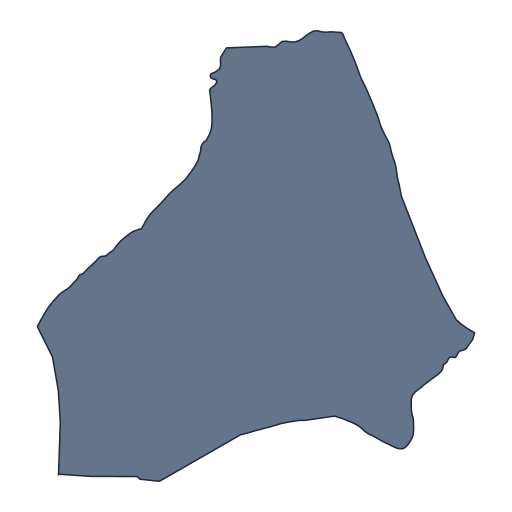 Maswarah, Al Bayda', Yemen (Albers equal-area conic projection)
{"feature_id": "15242507B74981338012196", "entity_name": "Maswarah", "entity_type": "district", "adm_level": 2, "iso_a3": "YEM", "parent_name": "Yemen", "parent_adm1": "Al Bayda'", "projection": "albers", "projection_center": [45.681, 14.409], "detail": "fine", "context": "isolated", "style": "filled", "palette": "slate", "viewbox_px": 512, "rotation_deg": 0, "n_neighbors": 0, "source": "geoboundaries", "source_scale": "gbopen_adm2", "svg_char_len": 4591}
<svg xmlns="http://www.w3.org/2000/svg" viewBox="0 0 512 512"><path d="M58.5,474.5L58.8,474.2L86.4,476.1L91.2,476.4L121.2,476.5L137.5,476.5L139.8,479.2L159.4,481.3L240.5,434.8L242.7,434.3L245.4,433.6L247.5,433.0L250.3,432.2L252.0,431.7L253.1,431.4L255.7,430.6L257.7,430.1L259.9,429.6L262.6,428.8L265.1,428.1L267.1,427.7L270.1,426.9L272.1,426.3L274.1,425.6L276.6,425.0L279.2,424.1L281.5,423.5L284.5,422.9L286.7,422.4L289.2,422.0L291.5,421.6L293.7,421.3L293.7,421.2L295.9,420.9L298.2,420.5L300.4,420.4L303.0,420.4L304.7,420.4L333.3,416.3L335.4,416.3L337.4,417.1L339.7,417.7L342.6,418.7L345.1,419.6L347.1,420.6L349.0,421.3L351.2,422.1L353.5,423.2L356.0,424.5L358.4,425.9L360.6,427.5L362.5,429.1L364.1,430.7L365.9,432.2L368.0,433.6L370.3,434.8L372.6,435.8L374.6,436.9L376.4,437.9L378.4,439.0L380.7,440.3L383.1,441.7L385.0,442.6L387.0,443.6L389.0,444.5L390.9,445.5L393.2,446.6L395.1,447.4L397.0,448.2L399.0,448.7L401.2,448.8L402.2,448.7L403.4,448.5L405.1,447.5L405.4,447.2L406.8,445.9L408.3,444.2L409.9,441.9L411.1,439.8L412.2,437.6L412.9,435.6L413.3,433.4L413.4,432.2L413.5,431.1L413.6,429.0L413.7,426.7L413.5,424.3L413.5,422.5L413.5,422.0L413.4,419.9L413.0,417.6L412.4,415.6L411.9,413.5L411.6,411.3L411.3,409.1L411.3,406.7L411.3,404.2L411.3,402.1L411.3,400.0L411.7,397.4L412.9,394.9L414.0,393.2L415.8,391.5L417.4,390.2L417.6,390.0L419.4,388.7L421.2,387.5L423.0,385.7L424.7,384.4L426.6,382.8L428.4,381.6L430.5,379.9L432.5,378.4L433.0,378.0L434.4,377.0L436.4,375.6L438.6,373.9L439.3,373.2L440.2,372.4L441.1,371.4L441.6,370.9L442.5,369.0L443.1,366.8L443.5,364.6L445.3,363.5L446.9,362.1L448.0,359.7L449.3,357.6L451.2,356.9L453.3,357.4L455.5,357.4L456.9,355.3L457.9,353.4L459.1,351.5L461.3,350.6L463.6,350.0L465.6,349.2L467.1,347.5L468.3,345.6L469.5,343.7L470.8,342.0L472.2,340.3L473.1,338.4L473.7,336.1L474.3,334.0L474.6,332.8L468.2,329.0L464.8,326.7L461.4,324.3L458.1,321.3L456.4,320.0L443.0,296.3L432.1,272.4L425.5,258.0L424.1,254.3L401.1,195.4L401.1,194.3L400.1,189.5L399.2,184.5L397.9,180.1L397.1,175.3L396.5,170.8L395.8,166.6L394.6,161.7L393.0,157.5L391.6,152.8L390.5,148.0L389.4,143.7L387.6,140.0L385.5,136.1L385.2,135.6L383.6,132.5L381.8,128.5L380.0,123.8L378.6,119.0L376.7,113.7L375.0,109.5L373.4,105.5L371.5,100.9L369.8,96.9L367.7,92.0L365.7,87.4L363.4,82.9L361.2,78.4L359.5,74.0L358.1,70.0L356.9,66.7L355.9,64.0L354.1,59.4L352.2,55.0L350.3,50.6L348.4,46.5L346.6,42.8L344.7,38.8L343.0,34.3L341.4,32.5L330.8,31.8L326.6,32.2L321.7,31.9L317.4,30.7L313.1,31.2L309.5,33.2L305.8,35.8L302.6,38.4L299.0,40.6L294.7,42.0L290.6,41.9L286.4,41.2L281.8,41.5L278.8,44.4L275.1,47.1L270.6,47.0L266.5,46.3L226.5,47.9L220.7,57.0L220.5,59.1L220.5,61.4L220.5,63.6L220.6,65.8L219.8,67.9L218.5,69.7L216.8,71.0L215.5,71.8L215.0,72.1L213.1,73.0L211.0,73.7L210.2,75.7L210.8,77.7L212.6,78.8L214.7,79.3L216.7,80.5L216.4,82.8L215.2,84.8L213.6,86.2L211.8,87.4L210.2,88.9L209.6,90.8L210.0,93.2L210.3,95.4L210.5,97.5L210.8,100.0L211.0,102.2L211.3,104.9L211.5,107.4L211.7,109.5L211.8,111.9L212.0,113.9L212.0,116.5L212.0,119.4L212.0,119.7L212.0,121.6L211.9,123.9L211.7,126.1L211.3,128.2L210.7,130.8L209.9,133.2L209.1,135.1L208.0,137.0L207.1,139.0L205.7,140.8L204.0,141.9L202.4,143.8L201.3,146.0L200.8,148.1L200.7,150.3L200.2,152.5L199.5,154.5L198.9,156.8L198.4,159.3L197.5,161.3L196.5,163.2L195.2,165.5L194.0,167.5L192.8,169.3L191.5,171.2L190.1,173.1L189.2,174.3L188.7,175.0L187.4,176.7L185.8,178.8L184.2,180.4L182.4,182.2L180.9,183.6L179.1,185.1L177.1,186.9L174.8,188.8L172.7,190.6L171.1,192.1L169.6,193.6L168.1,195.3L166.2,197.3L164.5,199.3L162.9,201.1L162.5,201.5L160.9,203.2L159.3,204.8L157.6,206.6L156.1,208.1L154.7,209.6L152.9,211.3L151.4,212.9L149.6,215.0L148.3,216.8L147.1,218.6L145.9,220.6L144.8,222.6L143.8,224.5L142.7,226.3L141.9,228.3L141.8,228.7L140.8,228.8L138.7,229.4L136.7,230.2L134.8,230.8L132.8,231.6L131.0,232.7L129.3,234.0L127.6,235.3L125.9,236.6L124.2,237.9L122.4,239.4L120.6,241.0L118.9,242.9L117.6,244.5L115.8,246.7L114.6,248.4L113.4,250.1L111.7,251.3L109.7,252.6L107.8,254.1L106.2,255.6L104.0,256.3L101.9,256.2L99.6,257.1L98.2,258.5L96.3,260.6L94.8,262.1L93.1,263.7L91.5,265.2L89.8,266.8L88.2,268.2L86.7,269.8L85.2,271.4L83.8,273.0L82.0,274.1L80.0,274.6L78.4,276.6L77.3,278.7L75.9,280.6L74.3,282.0L72.6,283.9L71.2,285.4L69.5,287.3L67.7,288.6L65.9,289.8L63.7,291.2L61.9,292.4L60.1,293.8L58.2,295.7L56.3,297.8L54.7,299.6L53.2,301.3L51.6,303.3L50.1,305.1L48.6,307.1L47.2,309.1L46.0,311.0L44.9,312.9L43.6,315.1L42.5,317.1L41.4,319.0L40.1,321.4L39.1,323.3L38.1,325.1L37.4,326.4L37.8,327.6L52.5,357.0L57.0,383.0L58.4,391.4L60.3,421.8L58.5,474.5Z" fill="#64748b" stroke="#1e293b" stroke-width="1.5"/></svg>